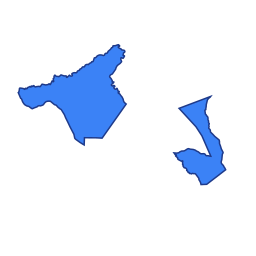 the district of San Jorge, Ocotepeque, Honduras, rotated 68°
{"feature_id": "27666195B23999178125718", "entity_name": "San Jorge", "entity_type": "district", "adm_level": 2, "iso_a3": "HND", "parent_name": "Honduras", "parent_adm1": "Ocotepeque", "projection": "robinson", "projection_center": [-89.114, 14.655], "detail": "fine", "context": "isolated", "style": "filled", "palette": "blue", "viewbox_px": 256, "rotation_deg": 68, "n_neighbors": 0, "source": "geoboundaries", "source_scale": "gbopen_adm2", "svg_char_len": 5621}
<svg xmlns="http://www.w3.org/2000/svg" viewBox="0 0 256 256"><g transform="rotate(68 128 128)"><path d="M100.2,181.6L105.6,181.3L113.6,180.5L117.4,181.2L118.6,180.9L123.4,177.9L125.6,176.3L127.3,175.0L120.7,172.0L125.3,160.9L127.7,155.8L105.1,120.7L103.6,121.5L102.2,122.0L101.2,122.0L99.4,121.7L97.0,121.9L95.2,122.5L93.3,122.9L92.4,123.7L91.9,123.9L91.7,123.9L91.5,123.7L91.4,123.4L91.4,122.8L91.3,122.6L91.1,122.5L90.7,122.6L90.4,123.1L90.2,123.3L87.3,123.3L87.1,123.5L87.4,124.3L87.4,124.8L87.2,125.2L86.8,125.6L86.0,126.0L85.2,126.0L84.8,125.6L84.8,125.0L84.6,124.7L84.4,124.6L84.0,124.6L83.5,124.9L83.2,125.3L83.2,125.7L83.3,126.3L83.2,126.7L82.7,127.1L82.2,127.3L81.8,127.3L81.5,127.0L80.8,124.9L80.5,124.3L80.2,124.0L79.9,124.0L79.8,125.0L79.7,125.2L79.5,125.4L79.1,125.3L78.4,124.9L77.9,124.9L75.7,125.2L74.1,125.8L73.5,125.8L72.8,125.3L72.3,124.5L72.1,123.8L72.1,122.6L71.8,121.9L68.9,117.5L67.5,116.4L66.2,114.7L65.8,113.6L65.2,111.2L64.3,109.4L64.1,109.1L63.7,109.0L61.7,109.0L60.7,108.5L60.4,108.3L60.3,108.0L60.4,107.7L61.2,106.9L61.5,106.4L60.7,105.1L60.2,104.5L59.9,104.3L59.6,104.4L59.0,105.2L58.7,105.3L58.4,105.2L57.7,104.6L56.8,104.1L56.6,103.7L56.5,102.9L56.2,102.4L55.7,102.2L55.2,102.2L54.8,102.3L54.4,102.6L53.7,103.8L53.0,104.7L52.7,104.8L52.2,104.8L51.9,104.9L50.9,106.1L50.0,106.6L49.4,106.8L49.1,106.6L48.9,106.1L49.1,105.4L49.0,105.2L48.7,105.0L48.2,105.1L48.0,105.7L47.9,105.9L47.6,105.9L47.4,105.6L47.2,105.7L47.0,106.7L46.9,109.2L46.4,110.2L46.3,111.1L46.4,111.4L47.0,111.6L47.3,111.9L47.5,112.5L47.4,113.2L48.1,114.1L48.6,115.1L49.5,117.8L50.4,118.6L50.6,119.1L50.8,119.7L50.4,120.6L50.5,121.3L50.8,121.8L51.5,122.4L51.6,122.9L51.6,123.4L51.5,123.8L50.5,125.0L49.7,126.6L49.5,127.9L49.6,129.3L49.8,129.9L50.3,130.7L50.5,131.3L50.6,132.0L50.4,132.7L50.5,133.1L52.6,134.8L53.1,135.3L53.3,135.7L53.3,136.0L53.0,136.5L53.0,136.8L53.6,137.7L53.7,139.5L53.8,139.9L54.2,140.5L54.3,140.8L54.3,141.2L53.9,141.6L53.7,142.1L53.6,142.8L53.6,143.5L53.9,144.4L54.6,145.0L54.9,145.6L54.8,146.1L54.4,146.8L54.4,147.3L54.6,147.8L55.1,148.5L55.3,148.9L55.4,149.5L55.4,150.3L55.5,150.7L55.7,151.0L56.1,151.2L56.3,151.5L56.3,151.8L56.2,152.7L56.3,153.4L56.6,153.9L57.2,154.5L57.4,155.0L57.3,155.6L56.8,156.6L56.5,157.4L56.4,158.4L56.5,159.3L56.7,159.7L57.1,159.9L57.4,159.9L57.9,159.7L58.3,159.8L58.6,160.1L58.8,160.5L58.6,161.3L58.2,161.9L57.8,162.2L57.3,162.4L57.1,162.6L58.2,165.3L58.2,165.7L57.8,166.0L57.0,165.7L56.5,165.9L56.2,166.5L55.8,167.7L53.7,170.2L53.7,170.4L54.0,171.1L54.4,172.3L54.5,172.9L54.0,173.4L53.6,174.5L53.2,175.0L52.6,175.6L51.8,175.8L51.6,176.1L51.8,176.6L52.4,177.2L52.9,177.5L53.5,177.6L53.8,177.8L54.0,178.2L54.2,178.7L54.3,178.9L56.8,179.4L57.0,179.5L57.1,179.8L57.0,180.1L56.8,180.2L56.2,180.3L56.0,180.5L56.0,180.8L58.1,183.1L58.5,183.6L58.6,183.8L58.4,184.1L57.8,184.2L57.5,184.6L57.5,185.1L57.8,185.9L57.5,187.0L57.3,188.1L55.2,191.2L55.3,191.5L55.9,192.5L56.7,193.8L56.7,194.2L56.2,194.6L56.0,195.0L55.4,197.2L55.2,198.6L54.4,199.2L53.7,199.3L53.4,199.5L53.4,199.8L53.7,200.2L53.8,200.7L53.6,201.0L53.1,201.2L53.0,201.5L53.0,201.8L53.5,202.1L53.6,202.5L53.5,202.9L53.0,203.0L52.8,203.3L52.9,204.3L52.9,205.7L53.1,206.1L53.6,206.6L53.7,207.1L53.5,207.4L52.9,207.7L52.8,208.2L52.9,208.6L53.4,208.9L53.5,209.2L53.2,209.6L52.5,209.9L51.9,210.7L50.8,212.5L50.5,213.4L50.5,213.6L50.8,213.9L52.3,214.7L54.0,216.0L53.9,216.4L53.4,216.5L60.3,216.4L60.8,216.0L61.4,215.8L63.5,215.9L64.8,215.8L66.7,215.4L67.9,214.9L69.6,213.6L70.9,211.8L73.0,210.6L74.1,209.8L74.3,209.5L74.2,207.3L74.3,204.5L74.2,203.9L73.9,203.1L73.9,202.6L74.0,202.0L74.5,201.3L74.7,200.8L74.8,199.4L74.8,198.3L74.6,197.5L73.9,196.6L73.3,195.4L73.0,194.5L72.9,193.9L73.0,192.9L73.3,191.7L73.8,190.6L74.2,189.9L78.7,187.5L79.2,187.0L79.7,186.3L80.2,185.9L82.2,185.3L83.1,184.8L84.6,184.0L85.9,183.0L91.8,182.0L95.1,182.0L100.2,181.6ZM129.7,39.5L128.9,73.3L152.3,64.5L163.0,62.4L185.2,61.8L184.6,62.9L183.6,64.2L183.1,65.6L182.7,66.0L180.9,66.5L180.2,67.3L179.3,69.9L178.5,70.6L176.5,71.7L174.8,73.3L174.0,73.7L173.5,74.2L172.3,75.6L171.0,78.1L169.9,79.5L169.7,80.1L169.7,81.0L170.2,83.6L170.2,84.6L170.0,85.5L169.5,86.8L169.5,87.7L169.5,88.7L169.9,90.0L169.9,90.6L169.5,92.3L168.3,94.7L170.5,94.2L170.8,93.5L171.1,93.3L171.5,93.4L171.6,94.1L171.9,94.3L174.3,93.1L174.6,93.2L175.1,93.5L175.9,93.3L176.6,92.8L178.7,91.0L178.9,90.6L178.8,90.0L179.0,89.7L179.6,89.8L180.4,90.4L181.3,90.5L182.0,91.0L182.3,91.0L183.0,90.7L183.3,90.9L183.7,91.2L184.1,91.2L185.1,91.0L186.0,90.7L186.4,90.0L186.6,89.7L187.2,89.3L187.7,89.1L188.6,89.0L189.1,89.4L189.4,89.5L189.6,89.4L190.0,89.1L190.3,88.9L191.5,88.9L191.8,88.8L192.0,88.3L192.2,88.0L192.6,88.0L193.0,88.1L193.3,87.9L193.6,87.1L194.3,86.4L194.2,85.4L195.1,83.9L195.4,83.0L195.7,82.7L196.2,82.5L201.2,81.2L201.6,81.3L202.1,81.5L202.6,81.6L204.2,81.3L205.9,81.2L207.8,81.5L209.7,76.1L203.3,53.1L201.5,53.2L199.6,53.6L198.6,53.6L196.5,54.4L195.7,54.6L195.2,54.6L194.0,54.1L192.5,52.9L188.1,50.6L187.4,50.1L186.8,49.3L186.3,49.0L185.6,49.0L182.4,49.3L179.0,49.0L177.1,49.0L176.4,48.9L175.0,48.3L173.5,48.0L173.0,48.1L168.3,50.7L165.6,51.7L163.6,52.6L162.6,53.0L162.2,52.9L161.2,52.6L160.4,52.5L159.7,52.7L158.8,53.2L158.3,53.2L157.9,53.0L157.4,52.5L157.0,52.3L156.6,52.1L155.9,52.2L155.4,52.0L155.2,51.8L154.9,51.3L154.5,51.1L154.2,51.0L153.5,51.3L153.1,51.3L151.7,50.7L150.0,50.7L148.8,50.1L148.1,50.0L147.0,50.0L146.1,50.6L144.9,50.6L144.1,51.0L143.8,51.0L142.5,50.6L141.0,50.3L140.4,50.1L140.2,49.8L140.2,49.2L140.0,48.9L139.2,48.6L137.4,47.5L135.7,46.7L131.8,43.9L131.5,43.5L130.7,42.1L130.2,40.3L129.7,39.5Z" fill="#3b82f6" stroke="#1e3a8a" stroke-width="1.5"/></g></svg>